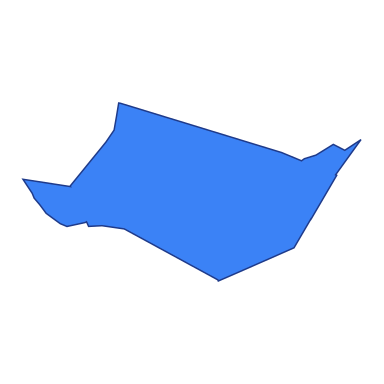 the district of Ti Rocher, Castries, Saint Lucia
{"feature_id": "8701671B9780152008483", "entity_name": "Ti Rocher", "entity_type": "district", "adm_level": 2, "iso_a3": "LCA", "parent_name": "Saint Lucia", "parent_adm1": "Castries", "projection": "mercator", "projection_center": [-60.972, 13.995], "detail": "fine", "context": "isolated", "style": "filled", "palette": "blue", "viewbox_px": 384, "rotation_deg": 0, "n_neighbors": 0, "source": "geoboundaries", "source_scale": "gbopen_adm2", "svg_char_len": 713}
<svg xmlns="http://www.w3.org/2000/svg" viewBox="0 0 384 384"><path d="M120.5,103.3L120.1,103.2L118.7,103.0L116.4,117.0L114.1,130.1L110.0,136.1L106.0,142.0L100.9,148.3L91.2,160.2L70.2,186.0L70.5,186.6L23.0,179.3L26.0,183.9L32.2,193.3L34.2,198.2L39.5,204.4L40.8,206.1L46.2,213.4L60.3,223.7L63.7,225.1L67.0,226.5L67.7,226.3L84.8,222.6L85.7,222.3L86.5,221.8L86.8,222.4L88.6,226.4L102.0,225.7L124.2,228.9L186.7,262.9L217.9,279.9L218.3,281.0L253.8,265.5L294.0,247.8L310.8,219.1L310.9,219.3L311.6,218.2L336.7,175.3L335.6,174.8L361.0,139.6L360.0,140.3L359.4,140.7L344.8,150.3L333.3,144.4L316.0,155.1L304.4,158.7L301.5,160.8L281.5,152.5L278.8,151.7L120.5,103.3Z" fill="#3b82f6" stroke="#1e3a8a" stroke-width="1.5"/></svg>